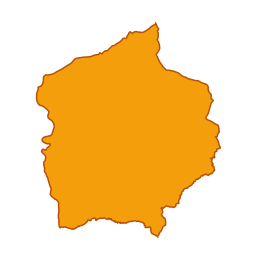 Manja, Menabe, Madagascar, rotated 94°
{"feature_id": "10022922B70385192089273", "entity_name": "Manja", "entity_type": "district", "adm_level": 2, "iso_a3": "MDG", "parent_name": "Madagascar", "parent_adm1": "Menabe", "projection": "mercator", "projection_center": [44.3, -21.407], "detail": "fine", "context": "isolated", "style": "filled", "palette": "amber", "viewbox_px": 256, "rotation_deg": 94, "n_neighbors": 0, "source": "geoboundaries", "source_scale": "gbopen_adm2", "svg_char_len": 5807}
<svg xmlns="http://www.w3.org/2000/svg" viewBox="0 0 256 256"><g transform="rotate(94 128 128)"><path d="M234.4,90.8L233.9,90.8L232.2,89.7L231.3,89.7L230.5,89.4L228.2,87.6L224.4,86.4L223.0,85.1L222.4,84.0L221.7,83.7L218.0,84.0L215.7,84.8L214.4,86.8L212.3,88.5L211.6,88.4L210.1,87.6L209.1,87.5L208.2,87.9L207.1,87.9L206.6,88.4L206.3,89.1L205.9,89.3L205.5,89.1L205.0,88.4L205.4,87.4L205.3,86.8L203.4,84.9L203.2,84.3L203.4,82.5L203.9,80.6L203.7,78.9L204.1,77.1L203.2,75.4L202.2,74.8L201.1,74.9L200.5,74.5L199.7,73.5L199.6,72.8L199.8,72.2L199.4,72.1L196.8,72.4L194.3,71.1L193.2,71.3L192.8,71.1L191.8,71.5L191.7,70.8L190.7,70.5L190.2,69.8L189.2,70.0L188.5,70.0L187.9,69.6L187.2,68.7L186.0,68.6L185.5,67.9L184.5,67.5L184.3,67.1L184.4,66.2L183.8,65.2L183.9,64.5L182.3,63.4L180.4,60.4L179.0,59.8L178.4,58.8L177.0,58.8L176.7,57.4L175.7,56.9L174.8,56.7L174.5,56.4L174.3,55.8L174.5,55.0L174.4,54.6L173.7,54.5L173.1,53.2L172.2,52.4L171.7,52.3L170.9,51.5L170.6,51.4L170.5,51.0L170.1,50.3L170.4,50.2L170.0,49.7L169.5,49.0L168.9,47.2L168.5,47.1L169.1,46.5L169.1,45.5L169.7,44.7L169.4,44.2L168.2,43.3L168.2,42.5L167.7,41.9L167.7,41.4L167.5,41.0L165.1,39.5L164.5,39.4L164.5,38.9L163.8,38.6L161.7,39.5L160.7,39.6L160.6,40.2L159.9,40.4L159.8,41.4L159.6,41.6L159.2,41.5L158.5,40.8L157.8,40.7L157.6,40.9L157.7,41.5L156.6,41.6L156.1,41.9L155.8,42.4L155.5,42.5L154.5,42.1L154.0,42.5L153.6,42.0L153.0,41.9L152.4,43.0L152.0,41.9L151.2,41.1L151.8,40.0L151.1,39.4L149.8,40.0L148.7,39.8L147.9,40.0L147.2,39.7L146.1,39.8L145.5,39.1L145.0,37.9L143.0,38.0L141.9,35.0L141.3,34.5L141.0,34.5L138.9,35.8L134.5,37.2L133.7,38.1L131.4,39.0L130.9,40.1L130.7,40.0L130.1,38.5L129.6,38.3L128.1,38.1L126.3,37.3L125.3,36.5L123.9,37.2L122.6,37.1L119.3,38.1L118.7,38.9L118.1,40.8L115.6,45.3L114.2,49.3L113.4,50.5L112.5,51.0L111.8,51.0L109.4,49.6L107.6,48.9L97.6,46.8L94.5,44.9L93.6,45.8L93.1,47.0L92.6,47.4L90.5,47.2L88.5,47.5L87.2,49.1L86.8,49.3L86.0,50.0L85.0,50.2L83.6,50.9L82.4,50.6L81.1,51.0L79.9,51.8L79.0,52.9L77.5,58.1L75.9,61.5L76.1,63.3L74.5,72.0L73.5,73.3L73.2,75.1L72.3,77.6L69.6,81.5L68.2,86.1L67.5,91.2L67.6,93.8L67.2,94.4L65.7,95.9L64.4,97.5L62.6,98.7L60.5,100.6L56.8,102.8L54.9,103.6L53.4,104.8L52.4,105.0L51.3,104.1L48.1,102.4L46.2,101.9L42.4,102.6L40.7,103.4L39.9,103.6L38.5,104.9L38.0,105.1L37.5,105.0L36.8,104.4L34.9,104.5L33.9,104.2L32.6,104.5L31.3,104.4L29.6,105.4L29.2,105.4L27.8,104.5L26.8,104.4L25.1,105.9L22.7,107.0L21.6,107.7L22.8,108.1L23.9,110.1L24.5,110.7L25.0,111.7L27.2,113.7L29.7,116.8L31.5,119.6L31.8,122.5L31.5,122.7L31.7,124.2L31.3,125.9L31.3,127.0L31.5,127.9L33.1,130.4L33.1,130.9L32.9,131.4L32.0,132.2L32.0,132.9L33.1,133.7L34.2,133.9L36.0,135.1L36.7,135.4L37.0,135.3L38.2,135.6L38.8,136.1L38.8,136.9L38.6,137.8L39.3,139.5L39.9,140.0L41.3,140.6L41.8,141.4L43.1,142.6L45.1,145.8L45.7,146.2L46.3,146.9L47.2,149.5L51.5,153.3L52.3,153.8L52.4,154.1L52.4,155.5L52.6,156.0L53.8,157.5L55.6,158.9L55.7,159.5L55.0,161.3L55.3,161.6L56.3,162.1L56.7,162.5L57.6,166.5L59.5,170.4L60.6,178.1L62.1,184.4L62.8,185.5L63.9,186.7L66.2,188.2L68.3,190.4L69.9,192.9L74.1,198.4L76.5,202.6L79.0,206.1L79.5,207.2L80.5,210.6L80.8,211.9L80.7,213.7L80.9,214.1L82.2,215.3L83.2,215.8L84.2,215.9L86.3,215.7L89.1,216.1L90.9,216.7L92.4,218.0L92.7,218.5L93.2,219.9L93.7,220.5L95.4,220.3L100.0,221.5L104.6,221.3L107.7,220.6L109.8,219.4L110.7,218.7L111.6,217.3L111.8,215.4L112.7,213.4L114.6,210.7L116.0,209.1L116.9,208.4L117.5,208.1L118.3,208.0L120.3,208.7L122.4,208.7L123.1,208.5L124.6,207.1L125.1,205.9L126.3,204.1L129.4,202.1L131.7,201.7L132.9,201.7L134.8,202.4L135.9,202.4L137.7,203.1L139.0,203.2L140.1,203.8L141.4,205.3L141.3,206.1L141.9,207.4L142.2,209.2L143.3,211.5L144.3,212.4L145.5,212.9L146.2,212.8L146.9,212.6L148.1,211.2L149.4,208.1L149.2,205.0L149.7,204.5L150.4,204.5L151.6,205.2L153.4,207.2L155.3,208.2L155.6,208.8L155.8,209.8L155.1,210.8L155.1,211.4L156.3,212.4L157.2,212.6L158.3,212.0L161.0,208.8L162.3,208.2L163.9,208.0L166.1,208.4L166.7,208.7L167.5,209.4L168.0,209.6L170.4,209.5L174.2,208.3L176.8,208.4L177.4,208.2L179.2,206.6L181.3,206.0L182.0,205.4L183.5,204.6L188.1,203.0L190.6,202.0L191.3,201.9L193.1,200.7L195.2,200.3L196.2,200.7L199.7,200.9L200.3,200.5L202.4,198.5L202.9,197.3L204.0,196.2L204.2,195.2L205.7,193.0L208.0,191.8L209.6,192.0L215.0,191.1L220.4,191.4L221.6,191.1L222.3,191.3L224.3,190.5L228.6,190.2L231.2,189.6L232.0,189.1L232.2,188.5L231.4,187.8L231.4,185.5L231.1,183.9L232.3,178.8L232.4,178.1L232.7,177.2L232.8,176.2L232.4,175.9L232.6,175.2L232.2,174.6L232.3,174.2L231.2,173.1L231.2,172.6L229.9,171.4L229.9,170.7L229.5,169.8L229.1,170.0L228.6,167.8L227.6,165.8L226.6,164.4L224.8,162.6L223.7,161.9L222.9,161.8L222.5,161.2L222.5,160.7L223.2,159.4L223.1,158.9L222.9,158.6L222.0,158.4L221.5,158.1L220.8,157.0L220.6,156.3L220.0,155.6L220.1,155.4L220.5,155.0L220.4,154.3L220.6,154.0L221.2,153.7L222.1,153.8L222.4,153.2L220.5,151.3L220.4,150.4L219.9,149.8L220.0,148.7L219.8,147.9L219.8,146.5L219.3,145.2L219.7,144.3L220.2,143.9L220.6,141.6L219.5,141.3L219.3,140.8L220.3,139.5L219.7,138.7L219.7,138.3L220.8,138.2L221.2,137.5L221.1,137.0L221.7,136.3L221.7,135.6L222.1,135.1L221.7,135.0L221.7,134.6L222.0,134.3L222.5,134.4L222.8,134.1L222.6,133.3L223.0,132.2L223.3,131.9L222.6,131.8L222.8,130.8L222.7,130.4L223.4,129.4L223.3,129.2L222.8,129.5L222.6,129.0L222.8,128.8L223.5,128.7L223.6,128.4L222.9,127.2L223.4,126.2L222.8,125.5L223.1,124.5L222.8,124.0L222.9,122.9L222.4,122.2L222.0,121.9L221.8,121.1L221.4,120.8L221.2,119.4L220.9,118.7L221.0,118.0L220.8,116.9L220.2,115.2L220.1,113.7L220.6,112.8L220.3,112.0L220.5,111.4L220.3,110.9L221.0,107.6L221.7,106.1L222.5,105.0L223.0,104.9L223.7,105.1L224.6,103.9L225.2,103.8L225.7,104.0L225.9,103.8L226.1,103.2L225.9,102.6L225.9,101.2L225.2,99.8L225.5,98.6L226.1,98.3L227.1,98.4L230.0,97.7L231.6,96.8L233.2,92.5L234.4,90.8Z" fill="#f59e0b" stroke="#b45309" stroke-width="1.5"/></g></svg>